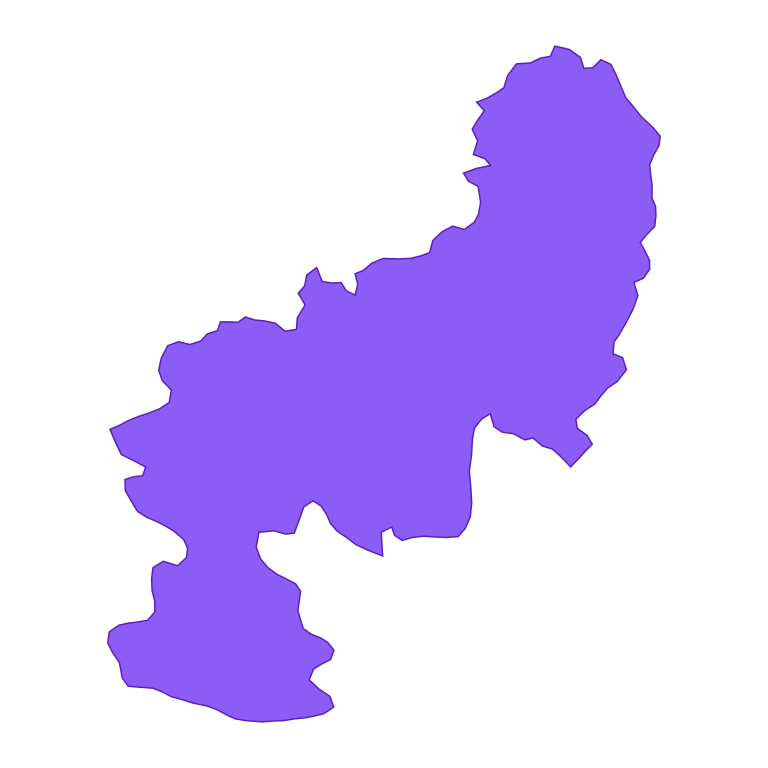 Cana Verde, Minas Gerais, Brazil
{"feature_id": "56859067B5820383459318", "entity_name": "Cana Verde", "entity_type": "district", "adm_level": 2, "iso_a3": "BRA", "parent_name": "Brazil", "parent_adm1": "Minas Gerais", "projection": "albers", "projection_center": [-45.191, -21.031], "detail": "fine", "context": "isolated", "style": "filled", "palette": "violet", "viewbox_px": 768, "rotation_deg": 0, "n_neighbors": 0, "source": "geoboundaries", "source_scale": "gbopen_adm2", "svg_char_len": 3006}
<svg xmlns="http://www.w3.org/2000/svg" viewBox="0 0 768 768"><path d="M110.0,429.4L114.9,440.9L121.3,454.5L133.8,460.7L145.7,467.1L142.6,475.8L133.8,476.7L125.0,479.5L125.3,490.7L131.7,501.8L137.5,511.4L147.0,517.4L156.1,521.2L163.7,525.1L173.5,530.8L183.6,539.5L187.6,548.1L186.4,557.6L177.6,565.7L163.2,561.3L153.0,567.6L151.6,578.7L152.1,590.7L154.8,601.1L154.8,612.0L147.6,620.3L136.3,622.2L127.7,623.2L118.7,625.3L109.2,631.9L107.8,643.0L112.4,652.2L119.4,662.6L122.3,678.0L128.2,686.2L138.4,687.1L153.0,688.2L162.5,692.0L171.3,696.7L180.5,699.1L193.1,703.1L206.7,705.9L216.7,709.5L227.1,715.1L235.5,718.9L245.9,720.6L262.2,721.9L273.0,721.0L283.9,720.6L294.3,718.9L306.9,717.6L315.4,715.7L323.6,713.8L333.8,707.0L329.9,696.3L319.0,689.1L309.2,679.9L313.6,669.1L321.3,664.2L330.6,659.5L334.0,650.3L327.5,642.2L320.3,637.8L311.3,634.2L303.2,628.6L300.4,619.4L297.9,610.7L299.2,601.1L300.6,591.3L295.6,583.9L287.9,579.8L277.0,574.3L268.0,567.7L260.5,558.8L256.2,547.2L258.9,532.3L273.8,530.8L285.6,534.1L294.2,533.2L299.1,520.2L303.7,507.0L313.0,500.8L321.3,506.2L326.8,514.9L330.3,523.0L336.6,530.7L346.6,537.5L356.1,544.7L368.6,550.5L382.7,556.0L381.8,542.8L381.3,532.3L391.7,527.0L394.5,535.3L402.1,540.4L412.1,537.5L423.7,536.2L435.5,537.0L446.7,537.5L458.2,536.6L465.2,528.5L470.3,516.8L471.7,502.9L470.7,485.9L469.3,471.4L471.6,454.4L472.4,439.3L474.4,428.2L481.6,419.1L490.2,413.7L494.1,426.7L502.3,432.2L513.6,433.7L524.9,439.9L533.0,438.0L542.5,446.1L552.5,449.1L561.1,456.9L570.6,466.9L579.0,458.2L585.4,451.0L592.3,444.3L587.2,435.6L577.3,428.2L575.9,419.2L585.1,410.3L594.9,404.1L600.9,395.8L607.6,388.1L617.4,381.3L626.4,369.8L622.6,357.7L613.1,353.8L613.9,342.3L619.2,334.6L625.2,324.2L633.0,309.3L637.9,295.7L633.9,282.5L643.4,278.2L649.7,269.2L649.5,260.3L645.1,251.2L640.2,242.6L646.6,234.7L654.7,226.5L655.9,216.0L655.6,206.8L652.0,197.9L652.1,185.8L650.7,174.3L649.6,165.1L653.7,154.9L659.1,145.3L660.2,136.1L652.8,127.4L641.2,116.6L632.6,105.7L625.9,98.0L621.7,88.2L616.4,75.5L610.9,64.4L600.9,59.7L592.8,67.8L583.8,68.3L580.6,57.6L569.4,49.5L554.9,46.1L550.4,56.3L540.5,58.1L530.1,63.0L516.5,63.8L507.7,75.5L503.9,87.7L496.1,93.0L486.9,98.3L476.6,102.2L484.3,110.7L477.1,121.1L472.2,129.2L477.6,140.9L473.4,154.5L484.8,158.6L490.6,165.4L476.5,168.4L463.5,173.1L468.6,181.4L478.1,186.3L480.6,202.2L478.5,214.4L474.4,222.1L464.4,229.5L452.6,226.1L442.2,231.7L432.9,240.4L429.5,252.7L420.7,255.9L411.0,258.3L399.4,258.9L383.1,258.5L371.8,263.2L363.2,270.4L355.1,273.8L357.7,284.2L355.1,295.1L346.4,290.9L341.0,282.6L331.7,283.0L322.2,281.5L316.7,267.6L306.8,274.9L304.6,286.0L298.2,293.2L305.1,304.9L297.3,317.9L296.5,329.4L285.0,331.1L275.2,323.2L264.4,320.9L254.8,320.0L245.3,317.0L238.0,322.3L229.1,321.9L220.4,321.9L217.5,330.6L207.1,334.0L200.7,341.1L189.8,344.5L178.6,341.7L167.7,345.7L161.3,358.1L158.7,370.2L162.4,380.9L171.4,390.0L169.1,402.6L159.1,409.0L149.7,412.8L139.2,416.2L128.5,420.5L119.3,425.4L110.0,429.4Z" fill="#8b5cf6" stroke="#5b21b6" stroke-width="1.5"/></svg>